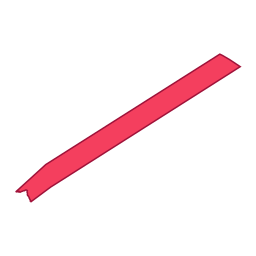 outline of Ngerutoi, Ngardmau, Palau, rotated 272°
{"feature_id": "81905179B43294852199533", "entity_name": "Ngerutoi", "entity_type": "district", "adm_level": 2, "iso_a3": "PLW", "parent_name": "Palau", "parent_adm1": "Ngardmau", "projection": "mercator", "projection_center": [134.577, 7.597], "detail": "fine", "context": "isolated", "style": "filled", "palette": "rose", "viewbox_px": 256, "rotation_deg": 272, "n_neighbors": 0, "source": "geoboundaries", "source_scale": "gbopen_adm2", "svg_char_len": 743}
<svg xmlns="http://www.w3.org/2000/svg" viewBox="0 0 256 256"><g transform="rotate(272 128 128)"><path d="M205.0,217.2L88.6,47.1L60.2,18.0L60.3,18.3L60.3,18.8L60.6,19.4L60.6,20.0L60.4,20.2L60.2,20.5L60.5,21.1L60.9,21.3L60.5,21.8L60.1,22.1L60.2,22.8L60.7,23.5L61.1,24.6L61.5,25.5L61.8,26.2L61.7,26.8L62.4,27.6L62.4,28.2L62.4,28.9L62.1,29.3L61.9,29.6L60.8,29.4L60.4,29.3L59.9,29.7L59.5,29.8L59.0,29.8L58.4,29.7L57.9,29.8L57.4,30.1L57.1,30.0L56.8,30.3L56.6,30.5L56.5,30.8L56.3,30.9L55.4,31.4L54.8,31.8L54.5,31.7L54.0,32.0L53.8,32.1L53.4,32.4L53.0,32.5L52.8,32.8L52.4,32.8L52.0,33.2L51.6,33.1L51.6,33.3L51.0,33.7L66.3,52.8L192.8,237.4L193.2,238.0L199.8,227.3L203.8,219.9L205.0,217.2Z" fill="#f43f5e" stroke="#9f1239" stroke-width="1.5"/></g></svg>